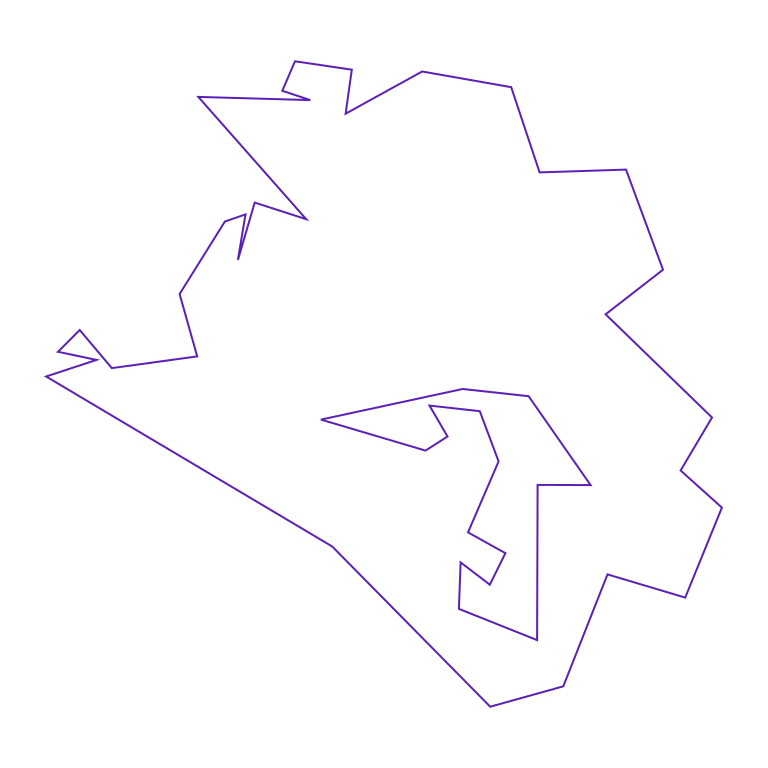 outline of Krasnodar
{"feature_id": "RUS-2371", "entity_name": "Krasnodar", "entity_type": "Territory", "adm_level": 1, "iso_a3": "RUS", "parent_name": "Russia", "parent_adm1": "", "projection": "mercator", "projection_center": [39.522, 45.126], "detail": "coarse", "context": "isolated", "style": "outline", "palette": "violet", "viewbox_px": 768, "rotation_deg": 0, "n_neighbors": 0, "source": "natural_earth", "source_scale": "10m", "svg_char_len": 718}
<svg xmlns="http://www.w3.org/2000/svg" viewBox="0 0 768 768"><path d="M563.3,686.3L490.2,706.7L332.2,546.5L46.1,376.5L96.5,359.9L58.0,351.8L79.7,330.0L111.8,368.1L197.2,356.4L179.6,294.0L224.9,221.5L245.5,214.4L237.9,260.0L254.7,202.6L306.2,219.2L198.3,96.9L310.3,100.1L282.3,90.8L295.0,61.3L351.8,69.7L345.6,113.7L422.1,71.5L511.2,87.2L539.6,172.4L626.0,169.6L663.0,269.7L605.6,314.3L712.0,417.5L680.6,470.5L721.9,507.6L685.2,597.6L607.5,574.4L563.3,686.3ZM462.5,389.0L320.9,419.6L425.5,450.6L447.5,436.5L429.5,405.6L479.8,411.2L498.6,461.4L468.0,532.4L505.4,553.2L489.8,584.7L460.6,562.4L458.9,608.9L537.1,640.1L537.6,484.9L590.6,485.1L528.6,396.2L462.5,389.0Z" fill="none" stroke="#5b21b6" stroke-width="2"/></svg>